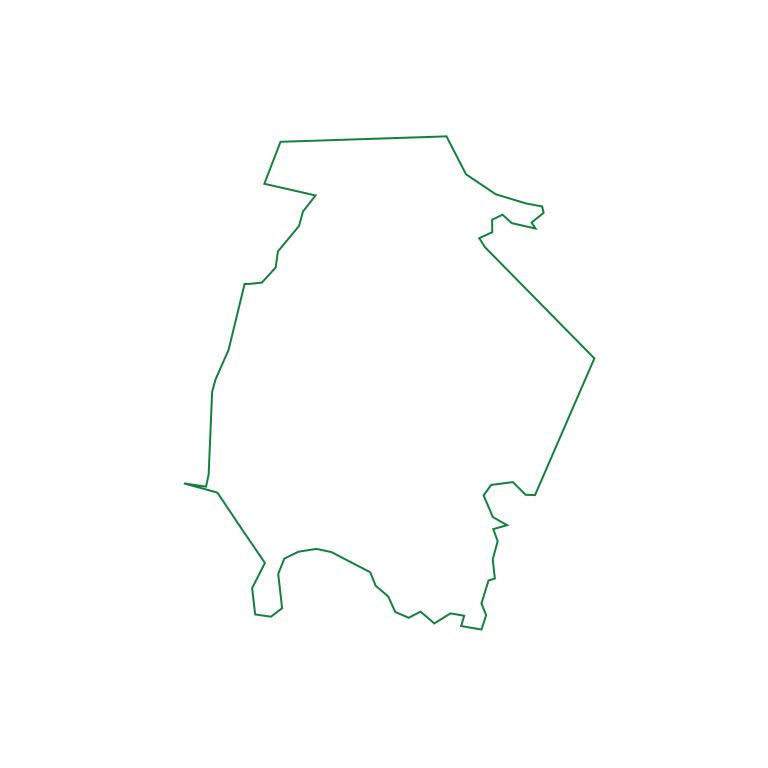 Ohio, Kentucky, United States of America, rotated 331°
{"feature_id": "52423323B15881176064860", "entity_name": "Ohio", "entity_type": "district", "adm_level": 2, "iso_a3": "USA", "parent_name": "United States of America", "parent_adm1": "Kentucky", "projection": "natural_earth1", "projection_center": [-86.877, 37.475], "detail": "fine", "context": "isolated", "style": "outline", "palette": "green", "viewbox_px": 768, "rotation_deg": 331, "n_neighbors": 0, "source": "geoboundaries", "source_scale": "gbopen_adm2", "svg_char_len": 994}
<svg xmlns="http://www.w3.org/2000/svg" viewBox="0 0 768 768"><g transform="rotate(331 384 384)"><path d="M350.2,646.0L361.3,635.7L362.8,623.2L380.2,606.5L386.6,607.9L394.1,590.1L407.2,576.6L409.2,563.9L423.2,567.1L414.7,553.2L417.1,529.7L428.8,524.2L449.2,532.3L454.1,549.5L462.2,554.4L580.4,463.6L538.6,313.1L538.0,302.6L552.3,303.7L558.2,292.7L569.7,293.4L573.8,305.3L591.9,321.5L591.4,314.3L606.6,311.7L608.4,305.4L595.7,294.9L573.7,272.2L557.4,240.4L558.7,197.7L410.9,122.0L376.4,150.9L415.5,185.9L396.7,193.9L386.3,204.6L355.5,216.6L345.7,229.6L326.4,236.1L314.8,231.2L310.6,228.9L264.6,278.8L238.8,298.4L229.9,307.5L186.8,378.1L178.6,387.5L160.8,373.9L185.6,398.2L189.4,442.8L193.1,482.8L169.7,498.6L159.6,523.1L172.3,532.7L186.2,530.7L199.4,498.8L212.2,488.4L227.8,489.2L244.9,495.4L256.5,505.5L280.7,542.0L278.9,556.3L284.7,572.1L283.3,588.8L292.2,600.4L305.6,600.8L311.9,617.8L331.0,616.9L341.8,625.6L334.1,633.1L350.2,646.0Z" fill="none" stroke="#15803d" stroke-width="2"/></g></svg>